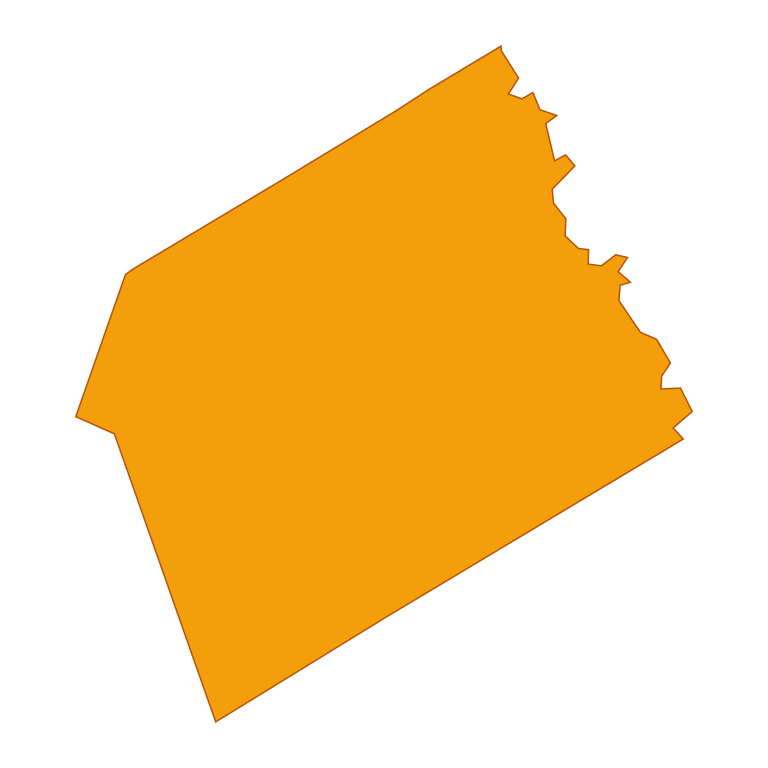 outline of Milam, Texas, United States of America
{"feature_id": "52423323B14814081114413", "entity_name": "Milam", "entity_type": "district", "adm_level": 2, "iso_a3": "USA", "parent_name": "United States of America", "parent_adm1": "Texas", "projection": "robinson", "projection_center": [-96.814, 30.784], "detail": "fine", "context": "isolated", "style": "filled", "palette": "amber", "viewbox_px": 768, "rotation_deg": 0, "n_neighbors": 0, "source": "geoboundaries", "source_scale": "gbopen_adm2", "svg_char_len": 664}
<svg xmlns="http://www.w3.org/2000/svg" viewBox="0 0 768 768"><path d="M215.7,721.9L383.6,618.6L683.3,439.0L673.1,428.0L692.2,411.5L680.5,388.1L660.9,389.0L661.7,376.1L670.4,363.0L656.6,339.3L640.4,332.3L618.9,300.6L620.1,285.3L630.4,282.2L618.1,271.6L627.5,257.5L615.7,254.8L601.4,265.8L588.2,264.1L588.6,249.7L578.4,248.5L565.1,235.8L565.9,218.8L553.5,203.1L552.2,189.2L574.9,165.9L565.6,154.9L554.6,160.8L545.7,123.6L556.7,115.5L539.9,109.7L532.9,92.5L522.0,98.8L508.4,94.1L518.6,78.1L501.4,50.9L501.0,46.1L429.4,89.1L396.8,110.3L290.7,174.7L133.1,269.0L125.4,274.7L75.8,416.7L114.4,433.9L215.7,721.9Z" fill="#f59e0b" stroke="#b45309" stroke-width="1.5"/></svg>